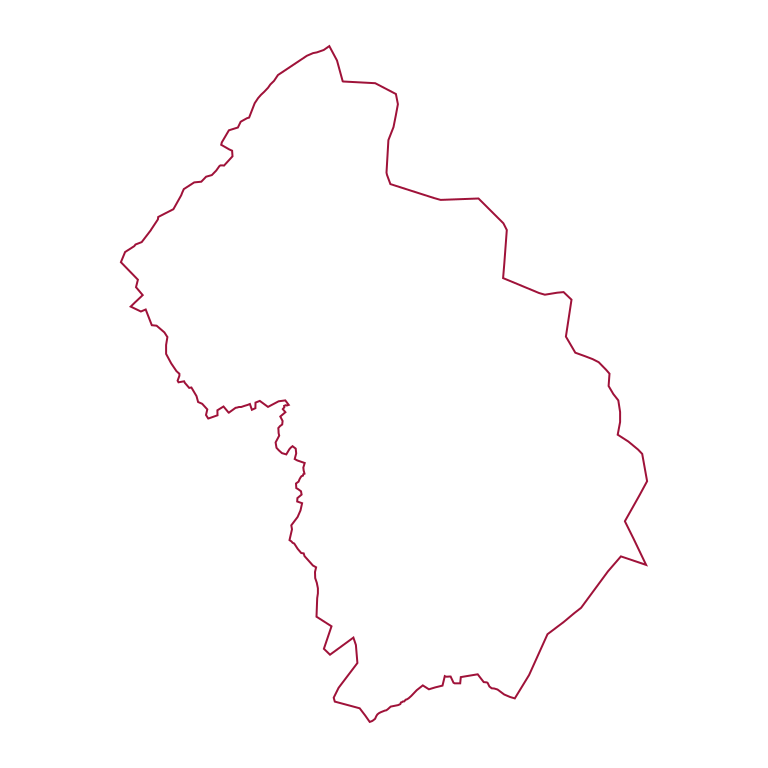 Fune, Yobe, Nigeria
{"feature_id": "59680162B1470225488806", "entity_name": "Fune", "entity_type": "district", "adm_level": 2, "iso_a3": "NGA", "parent_name": "Nigeria", "parent_adm1": "Yobe", "projection": "robinson", "projection_center": [11.324, 11.889], "detail": "fine", "context": "isolated", "style": "outline", "palette": "rose", "viewbox_px": 768, "rotation_deg": 0, "n_neighbors": 0, "source": "geoboundaries", "source_scale": "gbopen_adm2", "svg_char_len": 3517}
<svg xmlns="http://www.w3.org/2000/svg" viewBox="0 0 768 768"><path d="M289.5,540.1L291.5,541.5L292.6,542.8L294.2,543.5L297.7,548.9L301.2,553.0L303.7,553.4L304.5,556.1L312.9,565.5L316.1,567.3L315.0,572.0L315.2,578.1L316.8,582.8L317.9,588.3L317.9,591.6L317.9,593.4L317.2,598.1L316.5,616.7L331.5,626.3L323.9,648.8L330.0,654.7L353.4,637.6L355.9,645.0L357.4,663.0L338.6,687.8L333.7,697.7L334.8,701.6L340.4,703.1L351.2,706.0L359.7,708.3L365.2,715.5L369.7,721.9L372.4,720.9L375.1,718.8L376.2,716.3L377.3,714.5L378.9,713.2L380.8,712.2L384.8,710.6L386.3,710.3L387.7,709.3L390.7,706.6L398.1,705.1L400.3,704.1L400.9,702.5L402.1,702.1L402.8,701.5L404.2,701.4L404.9,700.6L405.7,699.7L406.8,699.4L408.6,698.3L411.3,695.9L416.7,690.2L422.8,685.4L428.9,689.3L435.2,687.4L442.5,685.6L444.8,676.1L445.8,676.6L446.8,676.7L450.1,676.5L450.6,676.5L453.5,682.7L454.6,683.3L460.2,683.3L460.8,677.1L477.7,674.3L483.7,682.1L486.8,682.4L487.7,683.0L489.4,686.5L491.7,688.3L494.2,688.5L497.5,689.5L504.2,694.5L510.1,697.0L514.8,698.4L529.1,675.0L547.5,634.2L563.7,622.0L574.2,613.2L581.1,607.8L608.0,571.3L620.9,556.4L646.1,564.9L633.7,539.0L625.0,521.5L624.9,521.2L638.3,497.4L639.8,494.7L647.1,481.2L642.2,453.9L638.1,449.6L628.3,441.5L617.7,434.7L620.1,422.0L620.1,412.0L618.3,400.4L613.3,394.0L608.6,386.0L609.5,373.7L606.3,370.0L598.7,362.2L592.6,359.1L585.0,356.2L575.3,352.7L565.9,336.6L571.5,299.7L563.6,292.1L557.2,292.7L544.9,294.7L539.0,293.0L503.1,278.1L504.3,263.6L506.8,230.0L503.4,223.3L478.5,198.5L440.6,199.9L433.9,198.0L390.4,184.1L387.0,174.9L386.5,172.6L388.4,140.1L393.5,127.1L395.8,115.5L397.9,104.2L395.9,94.0L375.2,83.2L343.1,81.5L342.7,81.3L337.0,60.5L329.3,46.1L323.7,50.0L316.8,52.4L313.1,53.1L306.8,55.8L278.0,75.0L277.9,75.1L274.0,80.9L270.4,84.4L268.0,87.8L264.1,91.9L260.9,94.9L258.1,98.1L254.7,103.2L249.1,117.6L247.0,118.2L240.7,121.7L237.9,127.5L228.9,130.3L221.8,142.4L221.2,144.8L229.2,149.4L232.1,150.7L232.5,156.3L224.0,165.6L222.7,165.4L220.4,165.4L219.4,166.1L216.2,170.6L211.8,175.1L206.1,176.7L201.3,181.7L194.2,182.4L183.8,189.1L182.2,192.7L181.2,195.3L173.4,209.2L164.4,213.8L158.2,217.0L157.9,219.4L151.0,229.8L150.9,230.1L141.7,242.1L135.5,244.5L134.3,246.1L125.1,252.0L120.9,262.2L137.9,279.7L136.0,287.2L142.7,295.1L136.3,301.2L135.3,302.1L130.7,306.6L140.9,311.5L145.7,309.5L151.8,325.2L156.6,325.7L164.4,332.4L166.9,336.3L167.4,337.0L166.1,345.0L166.1,353.9L171.2,363.4L176.5,371.2L179.4,373.8L179.4,375.8L177.6,380.7L178.5,382.3L184.1,381.3L184.8,382.8L189.2,387.9L191.4,387.5L196.5,396.1L198.1,402.0L202.2,403.8L207.3,409.4L206.0,415.0L208.2,418.5L208.4,418.5L217.5,415.3L217.4,410.3L223.5,406.5L228.6,412.6L228.8,412.7L233.1,409.6L235.6,407.8L236.9,407.6L239.0,407.0L241.2,407.0L244.4,405.9L247.7,404.9L249.9,404.0L251.9,409.8L255.4,408.2L255.5,402.6L259.8,400.9L268.0,406.9L278.6,401.3L285.3,400.4L288.7,404.9L286.9,405.5L285.7,405.2L284.1,405.9L284.3,407.3L282.8,409.1L285.4,412.2L280.3,416.5L282.6,421.0L282.2,424.5L280.0,426.1L278.3,428.1L278.5,430.4L278.6,433.1L279.2,435.6L277.7,438.5L275.6,442.4L276.5,447.8L278.8,450.3L281.9,453.1L286.3,454.4L289.3,449.3L290.8,447.6L291.7,446.9L292.5,446.2L295.7,448.6L296.2,453.4L294.7,459.0L297.2,460.4L304.7,463.0L303.3,467.7L303.5,468.9L303.6,470.2L304.5,473.7L303.3,474.2L303.0,475.6L301.5,476.2L300.7,477.2L299.5,479.3L298.6,481.6L296.0,483.5L296.3,488.1L298.2,489.2L301.0,491.3L301.6,494.6L297.4,498.1L297.2,501.5L302.1,503.2L300.5,510.4L297.6,517.0L291.3,525.3L292.0,529.3L289.5,540.1Z" fill="none" stroke="#9f1239" stroke-width="2"/></svg>